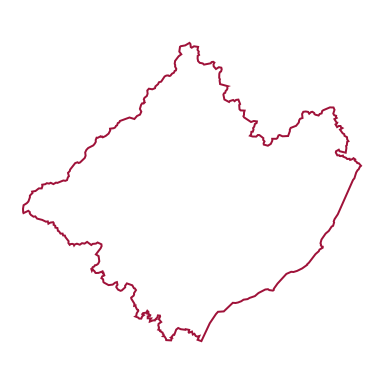 the district of Hurunui District, Canterbury, New Zealand
{"feature_id": "76426892B32484543258144", "entity_name": "Hurunui District", "entity_type": "district", "adm_level": 2, "iso_a3": "NZL", "parent_name": "New Zealand", "parent_adm1": "Canterbury", "projection": "robinson", "projection_center": [172.736, -42.667], "detail": "fine", "context": "isolated", "style": "outline", "palette": "rose", "viewbox_px": 384, "rotation_deg": 0, "n_neighbors": 0, "source": "geoboundaries", "source_scale": "gbopen_adm2", "svg_char_len": 5945}
<svg xmlns="http://www.w3.org/2000/svg" viewBox="0 0 384 384"><path d="M147.3,90.5L147.6,93.7L146.8,96.0L144.5,97.8L143.8,99.3L144.4,101.0L144.1,101.9L144.7,102.4L143.6,103.5L142.2,103.3L141.1,104.8L139.9,108.9L141.3,111.7L140.0,114.6L137.0,116.0L134.4,119.0L129.5,117.5L119.9,121.0L119.3,122.4L117.8,123.1L117.1,125.3L116.0,125.9L115.2,127.4L113.7,128.2L110.0,128.7L110.2,130.5L108.6,133.6L105.6,136.0L102.8,137.3L102.0,136.5L101.1,136.9L100.6,136.3L97.7,137.8L96.6,137.7L95.7,140.0L95.8,141.8L94.8,143.6L93.3,145.4L88.2,148.0L86.4,149.9L85.2,152.4L85.6,155.7L84.7,158.0L80.0,162.5L78.7,163.0L77.5,162.3L75.2,163.1L70.1,169.6L69.8,171.0L68.0,172.9L68.9,176.2L67.9,177.3L67.0,180.1L65.4,180.8L63.3,180.5L57.4,182.9L56.0,182.6L53.4,184.1L50.7,182.8L49.1,183.6L46.8,183.2L45.3,184.2L42.2,184.7L42.4,186.3L41.7,188.4L38.8,188.4L35.5,191.0L32.1,191.6L32.5,193.0L29.9,195.6L29.9,197.3L28.4,201.5L26.8,203.2L23.6,205.2L23.0,208.9L23.2,212.3L23.5,213.1L28.3,210.8L29.8,212.1L29.8,213.5L30.9,214.9L33.5,216.7L35.3,216.4L37.1,218.6L42.2,219.9L45.9,221.7L47.8,221.4L48.4,223.7L50.3,222.6L53.1,222.2L53.8,223.2L53.6,224.8L55.2,225.7L55.4,227.6L57.4,228.0L57.9,230.8L59.1,231.4L60.5,233.6L62.6,233.6L63.1,235.4L64.9,235.6L65.4,237.1L68.6,241.2L68.4,243.0L69.7,244.8L70.8,244.0L72.6,243.9L73.7,244.4L74.1,245.4L74.7,244.5L76.9,243.7L79.8,244.7L82.0,243.2L84.6,243.6L87.1,241.9L91.3,245.0L92.7,243.9L95.9,243.6L97.6,242.5L101.4,244.3L101.6,246.1L100.6,248.3L95.9,254.4L98.6,256.1L99.3,261.3L98.2,263.7L96.5,265.0L94.9,265.3L94.3,266.4L92.7,267.2L92.1,268.4L92.6,269.1L91.4,269.2L91.9,270.7L92.3,269.9L92.9,269.9L94.4,271.1L95.5,272.9L96.1,273.0L98.5,272.9L102.2,271.5L102.0,273.0L102.5,272.2L102.8,273.1L103.4,272.7L104.3,275.4L102.2,276.4L101.4,278.2L103.1,279.3L103.4,282.0L104.0,282.6L108.6,285.1L112.7,284.6L115.1,282.7L116.9,282.1L117.5,284.8L116.4,286.3L116.3,287.2L118.0,289.6L120.5,290.8L121.8,290.4L125.2,287.3L125.1,285.8L126.9,283.4L132.3,285.3L133.9,288.2L134.8,288.4L136.0,290.1L134.0,293.2L134.1,294.5L133.6,295.7L131.2,297.6L131.3,298.7L134.4,303.7L134.2,305.8L135.5,305.4L135.6,306.6L137.0,309.5L138.0,309.8L138.3,310.8L136.7,313.3L136.2,316.0L135.4,316.5L138.2,317.6L139.2,318.6L141.3,318.6L142.2,316.3L143.9,315.1L142.3,314.1L143.1,313.1L146.2,312.7L147.3,310.8L148.2,311.7L146.9,313.1L147.1,313.6L148.6,313.5L148.6,314.2L150.3,315.2L150.1,315.8L147.7,316.4L147.7,318.3L151.1,318.4L150.1,319.8L149.8,321.6L153.0,320.4L154.9,320.4L155.1,319.7L156.4,319.1L156.1,318.7L157.4,317.4L157.9,315.4L159.9,315.6L160.1,316.5L158.9,319.2L161.2,322.0L158.6,323.8L158.3,325.4L159.0,327.4L158.7,328.1L159.0,329.0L158.4,329.7L160.4,330.4L160.1,331.2L162.6,332.6L162.8,333.9L163.6,334.4L163.8,335.5L163.1,336.2L164.5,336.4L165.9,338.6L166.2,340.1L171.1,340.4L171.7,338.5L171.1,337.9L172.0,337.8L171.5,337.0L173.5,334.6L174.3,334.8L176.2,329.6L178.2,328.0L180.7,329.2L185.4,329.8L185.6,329.2L189.2,329.9L188.6,332.2L189.0,332.7L192.0,331.6L192.8,334.5L194.4,333.8L195.7,336.0L197.3,336.6L199.3,336.0L197.6,339.8L201.4,341.1L209.8,323.2L216.0,314.0L218.0,311.8L223.8,311.4L232.8,302.8L235.5,303.0L238.0,302.5L241.3,301.2L243.5,299.7L247.6,299.1L249.6,297.9L254.9,296.1L258.5,293.0L265.3,289.5L268.0,289.2L269.3,290.1L272.9,290.6L273.8,289.9L273.8,288.8L277.5,283.6L286.4,273.9L291.2,271.8L293.5,272.0L297.1,270.9L302.2,268.4L307.1,264.9L307.0,264.5L309.0,262.6L315.5,254.1L318.8,251.2L319.5,249.6L322.7,247.7L322.7,246.7L321.7,246.5L320.8,245.1L321.0,244.3L320.5,243.3L321.5,239.5L325.6,233.6L328.8,230.9L331.6,226.6L333.1,225.8L334.1,222.4L333.7,221.4L334.6,219.1L337.8,214.3L353.0,180.0L354.4,178.3L356.2,172.5L357.7,170.0L358.6,169.4L359.8,166.9L361.0,165.8L358.7,163.2L357.3,163.1L356.6,161.9L355.0,160.8L354.6,160.2L355.2,159.4L353.5,158.2L351.9,159.5L352.2,159.8L351.6,159.4L350.1,159.9L349.6,158.8L347.2,159.0L346.0,157.8L343.2,156.7L342.9,155.6L340.8,156.1L339.8,156.0L339.4,155.3L337.3,155.3L335.8,152.6L336.0,151.3L338.8,149.7L339.6,151.2L345.7,152.7L346.4,148.0L346.1,146.0L346.8,145.3L347.2,141.8L348.4,141.2L347.2,139.5L347.0,137.2L344.5,135.8L344.2,134.1L342.7,133.3L340.0,129.6L342.4,128.1L341.0,127.3L340.5,126.0L338.8,126.0L337.1,127.1L335.5,124.4L336.9,123.5L337.2,122.7L336.6,122.6L334.4,119.1L336.7,117.9L335.9,116.9L336.1,115.8L334.2,115.2L333.3,113.6L334.5,109.8L333.5,107.5L329.9,107.4L323.3,110.2L322.2,111.0L321.6,113.4L319.7,114.0L318.6,115.5L315.4,114.7L314.4,114.0L314.2,113.0L312.4,111.8L311.2,112.0L309.2,113.7L308.1,111.9L305.7,111.5L303.3,111.8L302.1,114.0L302.5,118.0L300.1,118.8L299.2,120.2L298.8,122.5L296.1,125.8L290.7,127.9L289.8,129.7L289.9,131.0L288.1,136.0L282.5,136.3L279.7,135.0L278.5,135.4L277.3,138.2L276.3,138.8L272.2,138.8L272.3,140.7L270.8,143.9L267.9,145.7L263.8,144.6L263.6,143.3L264.5,141.4L263.2,139.9L263.3,138.1L259.4,135.1L257.9,135.0L256.2,136.6L252.6,136.5L250.0,135.7L251.1,134.4L251.4,131.8L252.8,131.7L253.5,129.6L253.1,128.1L254.2,126.7L254.9,124.0L256.6,123.0L256.9,121.4L253.8,121.0L251.0,122.0L244.1,117.4L243.4,116.2L244.0,114.9L244.0,112.7L244.6,110.6L240.6,110.4L239.5,109.2L239.2,105.0L240.1,104.1L238.4,99.6L236.1,99.9L234.6,101.2L233.2,100.0L229.9,101.0L229.1,102.0L224.4,99.5L223.4,94.7L223.9,93.4L225.2,92.8L225.6,91.1L226.9,89.7L227.4,88.6L227.3,86.4L227.8,86.2L220.1,84.1L219.6,80.6L219.9,79.3L219.2,77.8L219.3,73.9L219.8,72.3L221.1,71.4L221.7,69.2L221.3,67.7L218.9,67.2L216.0,69.0L213.7,66.4L213.5,64.3L214.4,62.6L213.2,61.8L211.6,62.1L210.7,63.3L204.0,64.6L202.7,63.4L199.7,62.8L198.1,61.1L197.6,58.6L197.7,55.9L199.1,54.9L198.3,53.1L198.8,51.7L197.5,49.8L198.1,46.9L194.0,46.3L191.7,47.7L190.8,47.1L190.4,44.0L189.5,42.9L185.2,45.4L180.8,46.2L180.0,46.8L179.3,51.6L181.3,54.3L178.6,56.3L175.1,60.9L174.7,63.8L175.2,65.0L175.1,66.6L176.3,68.9L175.9,70.4L174.7,70.9L173.9,72.7L172.0,73.7L170.4,75.7L169.2,76.0L168.1,75.4L166.3,75.6L164.6,76.5L161.2,81.6L158.9,82.3L158.1,84.1L155.4,86.4L155.0,88.2L152.3,89.3L148.9,88.7L147.3,90.5Z" fill="none" stroke="#9f1239" stroke-width="2"/></svg>